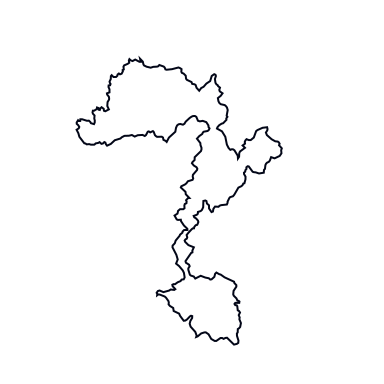 the district of Caratinga, Minas Gerais, Brazil, rotated 225°
{"feature_id": "56859067B96917379778032", "entity_name": "Caratinga", "entity_type": "district", "adm_level": 2, "iso_a3": "BRA", "parent_name": "Brazil", "parent_adm1": "Minas Gerais", "projection": "mercator", "projection_center": [-42.127, -19.689], "detail": "fine", "context": "isolated", "style": "outline", "palette": "ink", "viewbox_px": 384, "rotation_deg": 225, "n_neighbors": 0, "source": "geoboundaries", "source_scale": "gbopen_adm2", "svg_char_len": 6087}
<svg xmlns="http://www.w3.org/2000/svg" viewBox="0 0 384 384"><g transform="rotate(225 192 192)"><path d="M159.4,286.4L163.5,286.6L164.2,288.1L165.8,288.5L167.0,288.3L169.0,286.7L173.0,285.6L179.3,285.2L181.8,286.3L182.3,288.7L183.1,289.9L184.7,290.9L187.5,287.3L189.5,282.1L189.7,280.4L186.8,274.2L187.2,270.2L188.5,268.9L190.8,267.9L190.7,266.2L190.1,264.7L188.7,263.7L189.1,260.7L185.8,260.7L186.7,254.5L186.0,252.8L183.6,250.2L183.2,248.2L185.3,250.0L191.5,251.5L192.9,251.3L194.0,250.5L194.7,248.9L197.3,249.0L200.9,250.2L207.5,254.6L213.7,256.1L219.2,254.5L219.8,255.8L220.0,258.4L219.4,261.2L218.6,262.7L218.7,267.4L219.8,268.3L220.1,270.2L221.4,270.4L224.7,275.2L227.1,276.5L228.8,276.7L230.3,276.6L233.8,274.4L235.7,274.3L237.5,274.9L240.1,276.7L239.7,280.3L240.2,283.4L243.5,282.8L244.9,283.5L246.0,285.6L248.4,285.3L249.4,285.7L250.8,285.4L252.6,285.8L255.7,288.1L257.1,290.9L258.3,291.5L259.6,291.0L260.1,288.0L257.6,283.3L258.5,278.8L258.2,274.6L259.0,272.0L258.5,268.7L262.5,268.9L265.0,270.2L266.3,270.0L268.3,268.6L270.1,269.4L274.9,267.7L276.3,267.9L278.7,269.8L281.7,269.8L283.4,269.1L284.6,269.5L286.3,271.5L287.8,271.2L289.6,270.5L293.0,264.7L296.4,260.5L297.5,259.9L299.3,260.7L300.7,260.7L304.9,258.7L304.8,257.0L305.3,256.0L307.9,253.1L309.1,250.7L312.7,248.5L315.3,247.6L316.4,247.8L319.0,249.4L322.9,249.5L320.3,247.8L321.2,246.9L325.8,245.5L326.6,242.6L328.2,241.8L330.2,241.7L329.7,240.4L327.8,239.0L328.1,237.1L329.5,233.6L329.1,232.2L326.9,230.4L327.3,229.2L326.2,228.4L325.4,225.9L326.1,224.3L327.5,224.1L327.7,222.5L327.0,221.5L327.0,219.7L328.8,217.8L331.4,217.8L331.3,216.6L329.3,214.4L328.4,211.8L327.1,211.0L326.0,210.8L325.4,209.6L326.3,208.4L325.3,207.2L323.0,206.3L320.8,204.1L321.9,201.6L320.9,200.9L318.2,200.6L316.9,199.7L316.0,198.7L315.3,195.9L312.7,192.9L309.2,191.6L310.4,187.8L311.7,187.2L313.3,188.4L315.9,188.0L315.9,186.3L315.2,184.8L316.2,184.2L317.4,185.3L318.9,184.6L318.0,183.3L318.7,180.3L319.6,179.4L318.6,177.9L317.4,177.3L315.0,177.2L313.0,174.8L311.4,173.9L309.9,172.3L309.3,170.7L312.1,169.2L313.4,169.6L315.4,169.5L316.6,168.1L321.2,165.7L322.4,164.5L321.3,163.2L322.2,162.2L323.3,162.2L322.7,159.6L321.7,158.7L319.7,158.8L317.7,158.3L317.1,156.9L317.6,154.4L313.9,153.2L310.7,151.4L302.6,150.3L301.6,151.0L300.2,151.2L298.5,153.2L296.9,154.0L294.5,156.5L294.5,158.2L293.0,160.4L292.6,161.9L290.1,162.0L289.3,163.3L289.3,165.3L288.2,165.7L286.6,164.9L284.8,164.7L283.4,168.6L283.2,174.0L280.4,179.3L280.4,180.9L279.5,183.9L276.4,187.2L274.8,189.8L271.7,190.7L270.5,193.8L267.3,197.4L265.0,198.2L264.8,199.7L265.9,203.3L265.4,204.3L263.7,204.6L262.7,207.4L261.5,207.4L258.4,206.0L257.0,206.0L255.7,206.3L252.5,209.7L251.0,210.0L249.1,208.7L246.8,209.5L245.3,209.5L246.8,214.2L246.4,222.8L248.7,226.1L249.6,228.5L249.4,230.3L248.4,231.8L246.0,233.2L245.6,234.9L246.2,237.3L246.0,242.6L245.6,244.9L245.0,246.4L243.7,247.8L242.1,248.2L238.2,246.6L236.4,247.5L234.7,249.9L231.3,251.5L227.5,250.7L226.2,249.6L224.6,249.4L224.0,247.8L224.1,246.2L226.3,243.0L226.4,241.8L225.8,240.3L226.4,236.6L226.2,233.2L220.7,232.5L219.2,231.2L216.6,230.0L215.4,228.8L214.6,227.3L214.7,218.5L212.8,216.5L212.8,213.4L212.4,212.3L209.5,212.0L206.4,212.7L204.8,212.3L204.0,211.2L203.5,204.8L202.3,203.3L200.8,202.5L200.2,201.0L202.5,196.7L202.1,194.1L202.3,192.3L203.6,188.5L203.1,187.3L196.7,187.5L194.8,186.0L189.6,185.9L190.5,184.8L190.4,182.0L189.1,181.5L188.0,180.1L188.6,178.4L187.9,177.1L185.8,175.2L186.0,173.7L188.3,171.4L188.5,168.8L187.0,166.5L187.7,163.0L183.4,161.8L182.2,162.3L180.3,164.5L179.1,163.6L174.0,162.6L169.3,162.7L168.4,161.9L170.7,159.5L170.7,157.4L170.0,156.4L170.3,153.4L169.8,152.3L169.2,146.1L167.9,143.6L167.8,140.4L166.7,139.1L158.6,136.5L154.4,134.2L152.6,130.1L148.7,130.5L143.0,130.0L140.5,129.1L136.8,126.4L136.1,124.4L137.4,122.7L137.1,120.9L138.3,118.0L138.8,114.8L139.9,113.8L140.3,112.5L139.1,111.7L135.1,111.5L135.3,110.2L138.1,108.0L138.5,106.1L141.4,101.0L145.3,99.4L146.1,97.8L145.7,95.7L144.5,95.4L143.6,94.3L143.4,95.8L142.2,96.7L137.4,98.8L135.7,98.9L131.5,98.2L130.3,97.5L129.1,96.0L127.1,95.8L123.3,96.7L120.8,94.9L115.1,96.9L112.9,96.0L106.8,95.1L105.8,96.4L105.4,98.3L105.5,102.5L105.2,103.8L104.1,104.4L102.8,103.0L102.0,99.7L100.5,97.2L97.8,95.8L90.7,95.4L87.1,93.7L86.5,92.5L85.9,93.9L85.5,98.5L84.0,101.4L83.0,102.5L79.7,103.1L74.5,101.7L70.7,102.7L69.5,103.9L68.6,108.9L67.4,110.1L65.8,110.5L65.2,112.4L64.2,113.7L54.4,113.8L52.9,116.3L52.6,118.0L54.1,119.8L58.5,122.1L60.2,123.7L60.4,125.0L62.7,127.5L62.4,128.9L62.5,130.6L64.7,133.9L68.5,135.5L69.6,137.0L71.9,138.0L72.8,140.7L74.5,141.1L76.0,140.7L79.3,143.3L80.3,143.5L81.4,142.6L82.8,142.9L83.0,144.2L80.2,147.0L81.0,148.1L82.1,148.0L83.1,147.3L85.3,148.2L89.2,148.2L90.5,148.8L92.7,151.5L93.7,156.4L94.8,157.5L97.7,157.6L98.8,158.3L108.6,154.7L113.3,153.9L114.7,153.1L117.8,152.3L117.8,150.5L116.2,147.8L116.4,144.1L117.2,143.0L119.1,142.9L122.1,140.9L126.6,138.9L128.5,133.1L131.0,133.5L133.7,132.1L135.0,132.0L139.6,134.4L140.6,135.4L141.2,137.9L142.7,138.5L146.3,137.7L147.7,138.5L149.5,148.3L149.0,149.6L150.3,150.8L151.6,154.2L157.0,151.9L161.6,151.9L162.9,152.5L163.1,153.9L162.7,155.3L163.3,156.6L165.4,157.8L165.7,160.4L165.9,165.5L165.7,166.9L164.9,167.7L165.7,169.0L165.9,171.1L165.1,172.5L165.6,173.8L166.3,175.3L167.6,176.0L170.4,176.2L172.5,175.7L173.9,176.3L172.5,179.3L172.5,180.7L173.7,182.1L172.4,184.6L172.3,186.3L173.3,189.1L177.6,193.7L176.6,195.4L175.4,195.8L173.3,194.4L170.6,194.6L168.3,192.4L164.0,191.6L163.4,193.0L165.0,195.3L165.4,198.0L162.8,200.3L162.8,201.8L162.1,203.3L158.5,207.8L159.2,209.5L160.0,210.3L161.3,214.0L161.4,215.3L160.0,218.0L160.2,220.0L162.3,227.9L161.2,231.0L161.1,232.6L161.7,234.2L161.1,235.2L163.1,238.7L165.0,240.7L167.9,241.5L168.9,242.4L168.8,244.0L169.7,245.2L169.8,246.8L171.0,247.9L170.9,249.5L170.0,250.2L163.4,249.2L162.2,249.8L160.9,250.9L157.7,252.5L154.9,256.4L156.7,258.5L156.8,260.0L159.1,262.9L159.6,264.2L159.7,265.7L159.0,267.7L159.2,269.3L160.7,272.6L157.4,274.2L155.5,279.5L156.1,282.6L158.5,284.6L159.4,286.4Z" fill="none" stroke="#020617" stroke-width="2"/></g></svg>